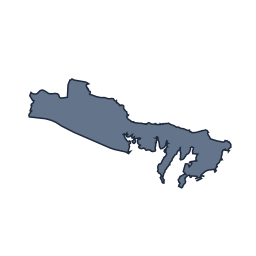 Devonport-Takapuna Local Board Area, Auckland, New Zealand (Albers equal-area conic projection), rotated 320°
{"feature_id": "76426892B81581642165693", "entity_name": "Devonport-Takapuna Local Board Area", "entity_type": "district", "adm_level": 2, "iso_a3": "NZL", "parent_name": "New Zealand", "parent_adm1": "Auckland", "projection": "albers", "projection_center": [174.779, -36.789], "detail": "fine", "context": "isolated", "style": "filled", "palette": "slate", "viewbox_px": 256, "rotation_deg": 320, "n_neighbors": 0, "source": "geoboundaries", "source_scale": "gbopen_adm2", "svg_char_len": 6068}
<svg xmlns="http://www.w3.org/2000/svg" viewBox="0 0 256 256"><g transform="rotate(320 128 128)"><path d="M76.5,38.4L73.5,40.2L72.7,45.6L73.5,46.6L71.1,47.9L69.4,47.6L68.3,48.4L68.6,49.0L66.5,50.5L64.1,51.8L65.1,53.0L60.9,54.0L60.4,54.4L59.5,56.0L70.8,67.9L74.3,73.0L76.4,77.3L78.5,84.0L83.7,96.3L101.4,131.7L103.7,135.5L110.8,144.8L112.0,148.0L114.8,147.5L112.3,146.5L117.4,143.1L118.3,141.0L120.1,141.3L121.1,139.7L120.7,138.7L119.5,138.7L119.0,138.0L119.4,133.1L120.5,131.4L120.6,130.8L120.2,129.9L121.4,130.1L121.5,131.1L122.0,131.6L123.9,131.2L123.3,132.3L123.5,132.8L121.7,133.0L121.5,133.6L121.7,134.4L123.3,135.6L126.9,135.9L125.5,136.7L124.7,138.1L125.1,138.7L127.1,138.9L125.1,140.6L123.8,140.9L122.6,140.6L122.3,141.7L122.4,143.3L122.9,143.8L124.9,143.6L125.5,142.7L125.7,141.5L126.0,141.1L126.7,140.9L128.6,141.7L129.8,143.0L130.6,143.2L130.9,143.9L129.8,144.1L128.4,143.3L127.6,143.4L125.7,146.0L125.8,147.9L126.3,148.3L126.5,149.1L125.9,149.4L124.8,149.0L123.9,149.3L123.9,150.7L124.8,152.3L126.4,153.3L127.2,153.5L127.6,154.6L127.4,156.0L127.7,156.9L129.7,157.8L130.4,158.6L130.6,159.4L131.0,159.6L130.9,160.8L132.2,162.3L134.3,163.1L135.0,162.5L135.9,160.7L136.9,160.0L137.1,159.6L137.9,159.3L139.2,157.8L139.4,157.2L140.2,157.5L140.9,156.5L143.3,154.9L143.3,154.4L142.8,153.6L143.7,154.1L144.6,153.0L145.0,152.8L144.7,153.1L144.6,153.8L144.8,154.1L144.1,155.6L143.3,156.1L142.9,158.4L140.1,162.7L139.7,164.9L141.1,165.7L143.7,166.0L145.9,165.4L147.5,164.0L148.3,163.6L148.9,162.9L149.3,162.6L149.6,162.9L148.5,164.3L148.4,164.8L148.8,165.4L147.8,165.0L147.3,165.7L147.0,165.7L146.3,166.9L146.2,167.7L145.9,167.4L144.2,168.2L143.3,168.2L143.0,168.6L143.2,169.0L143.0,169.5L141.9,169.4L142.3,168.6L141.9,168.6L141.8,168.3L140.8,168.9L140.6,170.3L141.4,170.4L141.5,171.2L140.6,173.0L138.7,173.8L136.6,173.6L136.3,174.0L133.2,175.1L131.1,176.2L129.7,176.3L129.3,175.9L127.9,175.7L126.1,176.7L125.2,177.7L124.3,179.3L122.8,180.1L122.9,180.9L122.6,182.2L123.2,183.2L123.2,185.4L123.0,185.9L122.7,185.7L122.3,186.2L122.5,186.6L120.8,186.7L120.0,190.2L119.3,191.4L119.4,192.7L120.2,193.3L121.8,191.3L122.1,191.3L122.2,191.8L122.4,188.6L126.4,185.7L127.6,185.5L129.5,184.1L131.4,184.0L132.6,183.2L133.8,183.3L135.4,182.6L136.3,183.1L138.0,181.4L140.8,181.1L142.1,180.1L146.6,178.8L148.6,179.2L149.8,178.2L152.0,177.6L153.9,178.0L154.5,177.2L156.2,176.1L154.6,177.4L152.7,179.9L152.3,181.3L150.9,182.3L149.8,183.8L148.5,185.1L147.9,185.1L147.8,186.2L150.0,187.3L151.8,187.2L152.5,186.7L153.5,186.7L155.6,185.9L158.1,186.4L160.1,185.7L162.4,184.4L162.9,183.3L164.7,183.4L165.5,185.3L162.6,187.2L161.1,189.2L164.5,192.8L163.9,192.8L160.9,194.5L159.8,195.9L159.5,197.4L159.0,197.1L158.8,196.3L157.6,196.1L154.7,194.2L153.1,193.8L153.0,194.4L153.8,195.1L154.2,196.0L153.2,196.7L149.9,197.1L150.1,196.2L151.0,195.5L151.3,194.8L149.7,192.9L148.9,192.4L142.3,196.9L142.7,199.6L142.4,200.5L142.2,200.0L141.2,199.5L137.5,198.9L136.7,198.5L136.3,199.0L135.1,199.3L134.6,199.7L133.2,199.9L132.2,202.2L132.5,202.7L132.3,203.7L130.3,204.5L129.3,205.2L130.6,208.3L131.7,208.3L134.5,207.0L136.1,207.0L137.7,206.1L138.5,204.0L139.1,203.3L139.6,203.3L139.6,203.0L141.1,202.8L143.2,202.9L144.2,203.2L144.8,203.8L144.4,204.7L144.0,205.0L144.4,204.9L144.5,205.2L143.7,206.3L144.2,206.0L144.6,205.1L144.9,205.2L144.6,206.1L144.8,206.2L145.1,205.4L145.5,205.6L145.3,206.4L145.7,205.6L146.1,205.8L149.8,209.4L149.0,210.7L146.7,210.0L152.0,212.2L151.4,213.5L147.0,212.5L147.0,212.8L151.8,213.9L151.7,213.6L152.2,212.3L152.5,212.4L153.4,211.4L154.9,213.7L155.1,213.6L153.5,211.2L153.9,211.0L159.4,210.9L162.4,211.8L167.9,215.4L167.8,216.0L166.4,216.2L168.1,216.4L167.8,217.1L166.2,217.3L166.2,217.6L168.2,217.4L168.2,216.7L168.8,215.4L170.0,215.0L171.5,215.0L171.6,214.8L171.2,214.5L171.4,214.1L172.6,213.1L175.7,213.1L178.4,211.7L178.8,211.9L179.0,212.5L179.5,212.5L179.6,212.1L179.9,212.6L180.0,212.3L179.7,212.1L180.0,211.4L179.8,211.3L180.5,210.4L183.1,208.6L184.7,206.9L185.1,207.0L185.6,206.4L186.7,206.1L187.0,206.1L187.0,206.6L187.1,206.2L188.5,206.6L187.9,207.1L189.6,209.0L190.2,210.4L190.0,210.6L190.5,210.5L190.3,210.4L189.8,209.2L190.3,209.4L192.4,208.7L194.5,208.8L196.1,206.8L196.3,206.2L196.5,203.7L195.9,202.7L195.8,202.8L195.7,201.3L194.6,200.9L194.3,200.0L193.2,200.6L191.8,199.9L187.9,195.1L184.0,189.0L184.4,188.5L184.7,187.3L185.1,184.3L185.6,183.2L186.3,182.8L186.7,182.9L186.6,182.4L186.9,181.9L187.0,181.0L186.2,179.3L185.1,179.0L182.6,177.4L181.3,177.1L179.9,176.2L178.2,175.7L174.7,173.3L173.8,172.1L173.8,171.4L173.0,170.6L173.0,170.2L173.6,169.7L173.7,169.2L173.1,169.2L173.4,169.1L172.0,168.0L170.2,164.4L167.9,161.8L167.9,161.3L167.4,160.0L166.6,159.1L165.7,158.7L164.8,155.9L162.8,152.5L162.2,150.4L161.4,150.1L158.3,147.7L157.3,147.6L157.0,146.8L156.5,147.0L156.1,146.5L156.1,146.8L155.7,146.0L155.6,146.4L155.3,146.3L155.4,145.8L155.2,145.5L154.5,145.7L153.2,144.5L152.6,144.3L152.0,143.2L151.7,143.0L152.0,142.7L151.7,142.0L150.6,141.9L149.3,140.9L148.4,139.8L147.7,137.9L147.2,137.2L144.3,136.6L144.3,136.8L143.7,136.2L143.9,136.0L141.6,133.6L141.3,132.8L140.2,132.2L138.6,130.3L138.2,130.1L136.3,127.8L136.1,127.2L136.3,127.0L135.8,126.4L135.5,126.5L134.5,124.9L134.8,124.5L133.8,121.3L134.0,119.4L134.5,118.1L135.1,118.1L135.8,118.6L136.8,118.4L136.3,116.6L137.4,114.7L137.1,114.0L137.0,111.9L137.2,111.7L137.0,111.2L137.6,109.7L138.8,108.5L138.8,107.6L138.0,106.3L137.2,105.9L137.0,106.1L136.3,105.6L136.5,105.5L136.1,102.1L135.7,101.9L135.5,101.3L136.6,99.8L136.0,99.9L135.3,98.2L135.6,96.1L134.1,94.6L132.8,93.9L131.6,92.7L129.5,89.5L126.9,87.4L124.1,83.9L121.0,78.5L120.3,77.7L120.3,77.3L122.0,76.6L122.3,76.1L122.4,75.5L121.9,74.3L121.9,73.9L122.1,72.9L122.5,72.9L122.7,71.9L122.7,71.2L122.4,71.3L122.3,71.0L123.2,68.7L124.1,68.1L126.3,68.9L125.8,67.1L124.7,65.1L117.6,56.7L116.6,54.4L114.4,54.4L114.2,54.0L109.9,56.3L101.3,65.5L95.5,61.8L95.4,60.0L96.2,57.9L96.0,56.6L94.6,54.8L92.3,53.3L89.5,50.9L88.0,45.9L86.8,43.8L84.8,42.9L80.3,43.2L79.5,42.9L77.8,41.5L76.7,39.6L76.5,38.4Z" fill="#64748b" stroke="#1e293b" stroke-width="1.5"/></g></svg>